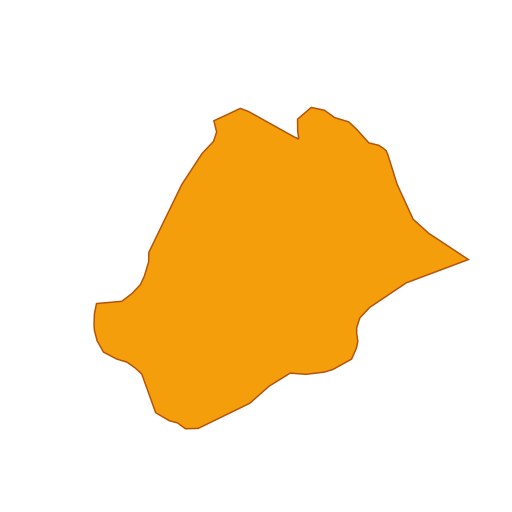 outline of Wien, rotated 329°
{"feature_id": "AUT-2331", "entity_name": "Wien", "entity_type": "State", "adm_level": 1, "iso_a3": "AUT", "parent_name": "Austria", "parent_adm1": "", "projection": "mercator", "projection_center": [16.38, 48.233], "detail": "fine", "context": "isolated", "style": "filled", "palette": "amber", "viewbox_px": 512, "rotation_deg": 329, "n_neighbors": 0, "source": "natural_earth", "source_scale": "10m", "svg_char_len": 903}
<svg xmlns="http://www.w3.org/2000/svg" viewBox="0 0 512 512"><g transform="rotate(329 256 256)"><path d="M289.5,118.4L318.6,121.4L324.0,128.3L349.9,173.4L352.7,177.3L353.4,176.8L356.0,170.5L362.1,160.1L379.9,157.1L389.7,166.3L394.7,177.9L404.5,188.7L407.5,199.1L411.0,217.2L418.2,224.3L420.7,229.5L421.8,233.0L421.1,237.5L413.9,267.1L409.6,305.5L415.8,325.7L436.2,368.4L371.0,356.4L327.0,358.6L313.0,362.6L305.4,369.3L302.5,374.0L299.4,381.5L294.6,386.7L284.8,393.6L263.8,392.9L254.7,390.7L237.8,383.1L225.0,374.0L200.2,374.3L174.9,379.0L117.6,374.0L106.5,367.7L102.8,358.7L96.8,352.5L89.3,338.6L97.3,298.3L94.8,289.8L90.7,280.5L83.6,272.7L75.8,259.9L76.1,247.0L79.2,236.5L81.7,231.6L87.8,222.2L94.8,214.6L117.6,225.7L130.3,224.3L142.2,221.0L150.0,215.7L160.9,205.8L166.0,197.7L229.2,156.5L262.5,140.4L278.6,135.9L286.1,129.5L289.5,118.4Z" fill="#f59e0b" stroke="#b45309" stroke-width="1.5"/></g></svg>